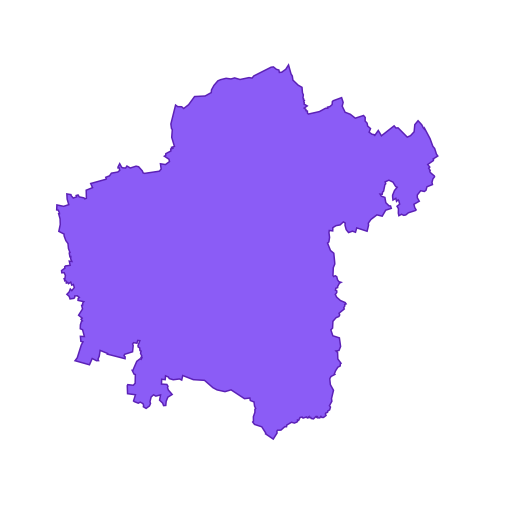 outline of Cashel-Tipperary Lea-7, South Tipperary, Ireland, rotated 170°
{"feature_id": "5873133B11959666540716", "entity_name": "Cashel-Tipperary Lea-7", "entity_type": "district", "adm_level": 2, "iso_a3": "IRL", "parent_name": "Ireland", "parent_adm1": "South Tipperary", "projection": "orthographic", "projection_center": [-8.111, 52.526], "detail": "fine", "context": "isolated", "style": "filled", "palette": "violet", "viewbox_px": 512, "rotation_deg": 170, "n_neighbors": 0, "source": "geoboundaries", "source_scale": "gbopen_adm2", "svg_char_len": 6080}
<svg xmlns="http://www.w3.org/2000/svg" viewBox="0 0 512 512"><g transform="rotate(170 256 256)"><path d="M208.4,439.3L226.9,433.7L229.0,431.9L231.9,432.9L241.1,432.6L246.1,435.1L249.9,434.7L254.6,436.2L260.3,435.8L263.2,435.1L267.8,431.3L271.0,427.3L271.7,424.7L278.3,422.4L288.8,423.7L296.1,416.7L301.6,413.8L303.3,415.9L307.2,416.7L309.0,418.6L316.9,400.8L317.1,396.4L316.5,394.9L318.4,387.5L317.3,378.1L321.0,377.6L319.2,377.6L319.1,376.5L321.4,376.2L321.6,374.2L327.0,372.5L327.5,370.7L328.9,370.2L324.9,366.4L324.8,364.0L329.3,361.8L334.1,363.4L334.3,358.1L336.4,356.3L351.3,356.7L352.7,357.4L353.2,359.6L356.1,364.3L358.5,365.3L364.5,364.5L367.5,367.0L369.1,365.3L371.7,365.9L372.9,366.7L374.2,370.6L376.5,367.5L376.6,366.7L375.5,366.6L375.3,364.0L377.5,362.7L384.0,362.7L386.3,360.4L390.3,359.6L390.0,357.9L390.8,357.6L406.2,356.1L405.1,351.7L411.8,350.3L413.0,342.3L414.7,342.0L415.3,343.1L419.8,344.9L420.6,347.0L422.6,346.8L422.4,345.4L425.9,344.8L427.5,347.4L427.6,348.6L431.5,350.0L432.1,344.9L431.5,339.1L436.8,338.3L443.2,340.9L444.3,336.0L442.8,335.5L442.1,332.6L442.2,331.8L443.0,331.9L442.5,326.6L443.3,321.0L445.9,314.5L441.2,310.9L441.5,309.2L440.6,304.2L439.0,300.9L439.4,295.9L438.6,291.7L439.4,291.4L439.4,287.5L438.5,287.6L439.0,285.3L438.3,282.6L440.8,283.4L440.6,279.1L445.3,279.3L446.3,278.6L446.3,277.2L450.0,275.5L450.2,273.2L447.8,272.9L447.1,269.9L448.1,267.0L448.9,267.0L448.6,264.7L447.8,265.0L447.0,263.1L448.1,262.1L446.0,262.7L445.5,261.3L443.0,262.4L442.5,259.3L440.8,259.7L440.4,256.5L443.4,253.9L444.6,255.7L446.2,253.1L448.9,251.1L447.0,248.7L446.6,246.0L442.8,245.9L441.9,246.4L441.4,248.1L439.0,247.9L437.2,245.9L438.5,245.1L439.0,243.2L433.5,240.9L434.9,239.6L435.2,237.9L436.3,237.7L436.0,234.0L441.0,228.5L438.0,225.0L439.3,224.1L438.2,222.3L439.2,222.0L440.9,218.7L441.7,214.9L439.6,213.5L439.0,206.5L442.9,207.4L443.3,202.4L441.3,201.5L443.5,198.7L449.7,186.8L452.4,184.3L438.9,177.8L435.1,183.5L431.3,180.6L429.2,180.3L429.5,181.9L427.8,184.5L425.9,190.1L419.1,185.8L419.5,185.2L402.8,177.6L402.4,179.4L403.3,180.7L402.5,182.0L394.2,183.1L392.5,189.1L392.8,190.8L391.6,191.9L388.4,190.8L387.1,193.4L385.1,192.8L387.8,188.2L387.8,186.8L386.5,185.7L386.7,183.0L385.7,182.3L386.6,180.1L385.8,177.3L386.8,176.1L386.0,175.6L387.1,174.2L388.0,174.9L391.7,173.0L397.1,164.8L397.8,164.9L396.6,160.8L395.4,160.2L397.1,151.7L399.3,150.0L404.6,151.6L405.3,150.6L406.4,142.7L398.8,140.3L401.8,134.5L401.1,133.7L397.5,131.5L395.4,132.2L393.0,130.3L392.6,128.6L393.1,127.1L390.7,125.0L387.0,126.8L385.5,129.1L385.7,130.9L383.8,135.3L381.0,137.1L379.0,135.4L374.1,135.8L376.0,130.8L373.5,127.3L373.0,124.7L370.8,124.5L369.7,128.5L367.3,132.3L362.6,134.2L365.6,139.3L366.0,141.7L365.3,143.0L366.1,145.0L371.3,146.3L370.3,151.0L366.9,150.0L365.9,153.7L363.4,152.1L362.6,150.3L359.0,148.5L352.7,148.2L350.7,146.7L348.9,151.0L339.2,145.1L328.3,142.5L321.3,133.8L317.6,130.9L310.1,127.8L303.8,128.5L292.1,117.5L286.7,117.2L286.7,114.7L283.3,112.6L283.5,108.5L282.8,105.9L283.7,105.2L284.2,102.3L286.5,98.2L287.2,93.8L288.1,93.1L286.7,90.4L280.0,86.8L277.1,79.8L277.5,79.2L270.8,72.7L266.0,78.0L265.9,79.7L265.1,80.7L261.7,80.2L257.3,82.9L255.6,82.6L255.0,84.2L249.9,86.1L247.2,84.8L244.8,85.3L243.9,85.7L243.6,87.3L242.5,86.8L240.7,89.3L238.6,89.4L237.8,88.2L234.3,88.7L233.6,87.6L231.8,88.5L232.0,87.6L230.2,87.6L229.9,86.4L227.7,85.6L224.7,87.6L223.7,87.3L224.4,86.7L223.5,85.9L221.3,85.5L219.9,86.8L219.2,85.6L217.5,85.3L214.7,86.8L215.1,88.4L214.4,89.3L212.7,89.6L212.3,90.8L210.2,91.7L208.9,94.3L209.7,95.8L206.5,99.8L206.4,102.5L203.0,110.3L205.1,116.4L204.7,122.3L203.1,124.3L198.9,125.7L199.3,126.3L197.6,129.1L194.8,132.2L192.2,133.1L191.6,135.3L190.9,135.6L193.3,140.4L192.4,146.8L193.7,148.6L190.7,148.5L188.4,152.2L188.1,160.9L194.2,164.1L195.1,170.3L193.1,171.7L191.6,178.3L187.8,181.4L184.9,182.0L183.8,183.4L184.2,185.2L178.3,188.5L178.6,189.8L177.2,191.4L177.1,192.9L175.6,193.2L176.3,194.7L180.6,197.5L183.7,201.4L184.6,204.4L182.8,206.0L182.5,207.6L183.7,208.5L183.0,210.4L181.1,210.7L180.9,211.8L178.6,214.7L176.8,215.3L178.8,216.3L179.8,218.2L180.1,221.6L181.4,222.8L183.1,222.3L183.6,223.4L181.9,231.1L179.8,234.4L179.6,236.1L178.9,245.2L181.7,248.5L183.3,256.3L181.8,257.2L180.3,261.6L180.1,266.4L179.4,268.4L176.1,267.4L175.4,270.6L171.9,272.0L167.8,272.0L164.0,274.4L162.4,272.9L163.0,270.9L162.6,266.3L160.8,263.0L156.7,263.7L153.9,262.1L151.9,266.2L142.3,261.1L139.8,266.8L139.7,268.8L136.5,272.0L129.8,275.5L124.8,273.3L120.3,278.6L114.5,279.4L114.8,281.9L116.3,282.3L118.9,286.0L118.9,291.3L122.2,293.2L123.1,295.4L121.0,294.9L120.2,297.0L119.1,297.7L116.7,303.8L115.7,304.6L115.9,306.6L112.0,307.6L108.3,305.0L106.4,300.2L105.0,299.2L108.2,296.5L110.9,292.2L111.2,290.5L111.4,287.3L108.3,288.5L108.1,285.4L106.3,286.6L105.8,285.7L105.5,282.1L108.5,280.5L107.5,277.9L108.4,273.5L108.3,270.9L105.4,271.8L103.5,270.4L101.4,270.4L98.4,272.1L91.2,273.1L90.3,273.6L91.3,276.2L91.5,279.5L85.7,281.6L87.0,285.3L86.6,288.0L82.5,291.7L79.0,290.3L77.2,291.2L75.6,294.5L69.8,295.7L69.9,298.0L68.4,301.2L66.4,303.0L66.5,303.9L69.8,307.9L70.2,309.6L69.6,310.1L70.7,312.5L69.4,313.4L71.0,316.3L64.9,319.1L64.4,319.9L64.7,320.8L59.6,322.9L60.6,325.0L61.4,330.9L62.8,333.3L64.2,341.3L67.8,352.4L68.1,351.7L69.0,353.2L70.0,356.5L72.9,361.1L76.8,357.8L78.7,350.9L82.9,347.7L86.4,346.8L93.8,357.5L96.0,357.8L97.4,360.2L111.6,352.6L113.8,358.4L118.6,353.6L118.0,354.8L120.7,355.8L123.1,358.3L121.1,361.6L123.5,364.6L123.5,367.5L125.1,370.0L124.4,373.5L125.7,375.7L134.3,374.5L138.5,379.2L143.3,382.1L145.1,388.6L143.5,392.1L144.2,397.1L153.0,395.5L154.0,394.8L154.7,391.9L157.3,390.3L159.7,390.2L159.7,389.1L162.0,389.4L168.5,387.2L179.8,386.7L180.5,387.8L180.2,389.8L181.5,390.4L181.4,391.7L182.9,393.3L179.5,394.9L182.3,397.3L181.8,398.7L182.2,399.7L181.3,400.9L182.2,401.7L181.8,402.6L182.3,403.5L181.4,406.5L181.9,408.6L181.4,414.1L184.8,416.9L189.1,422.8L189.0,427.0L189.9,429.3L190.8,438.5L194.3,434.7L198.8,432.5L201.1,432.7L201.2,435.2L203.5,436.3L206.0,439.2L208.4,439.3Z" fill="#8b5cf6" stroke="#5b21b6" stroke-width="1.5"/></g></svg>